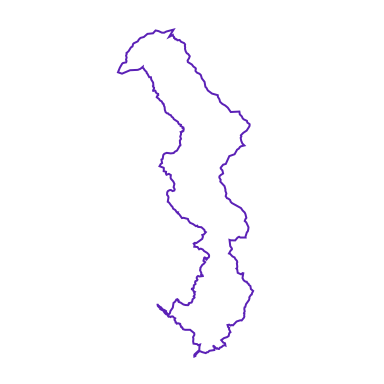 outline of Sugag, Alba, Romania, rotated 175°
{"feature_id": "2599482B22496390812806", "entity_name": "Sugag", "entity_type": "district", "adm_level": 2, "iso_a3": "ROU", "parent_name": "Romania", "parent_adm1": "Alba", "projection": "albers", "projection_center": [23.621, 45.632], "detail": "fine", "context": "isolated", "style": "outline", "palette": "violet", "viewbox_px": 384, "rotation_deg": 175, "n_neighbors": 0, "source": "geoboundaries", "source_scale": "gbopen_adm2", "svg_char_len": 6000}
<svg xmlns="http://www.w3.org/2000/svg" viewBox="0 0 384 384"><g transform="rotate(175 192 192)"><path d="M251.4,316.0L243.1,318.7L235.3,318.4L232.7,319.2L230.2,320.9L230.4,320.0L229.3,319.2L228.9,318.1L226.7,315.3L226.7,314.3L226.1,313.7L224.6,310.1L222.9,309.9L222.8,307.6L221.2,304.4L221.2,301.5L221.7,301.0L221.5,300.2L220.7,299.4L220.8,298.5L221.9,296.7L221.8,296.1L220.1,296.3L219.4,295.5L219.4,294.4L218.1,293.0L217.2,292.7L217.2,291.4L218.6,290.3L218.9,289.5L216.8,287.6L216.0,286.1L214.3,284.9L213.7,283.4L213.0,282.7L213.2,282.4L212.5,281.8L212.4,280.3L211.9,279.1L211.9,276.2L211.3,273.8L209.9,272.5L209.0,272.4L208.2,271.3L206.2,270.2L205.8,268.9L204.4,267.7L203.8,266.2L199.9,263.1L199.6,261.7L199.0,260.7L197.2,259.9L197.6,258.8L195.1,257.1L195.7,256.4L194.7,255.5L195.3,253.6L196.3,253.5L196.4,252.9L198.0,252.7L197.8,252.1L197.9,250.4L198.9,248.2L198.3,245.9L199.6,244.3L199.7,241.0L199.4,240.5L199.5,239.4L200.2,239.1L203.3,234.6L205.6,233.6L206.9,232.4L209.8,232.3L213.8,233.2L216.2,232.5L217.4,231.3L218.3,227.6L219.6,227.0L219.3,223.4L220.7,222.6L222.1,220.5L218.1,218.6L218.0,217.7L218.4,215.2L216.1,214.4L216.4,212.6L215.9,211.4L213.5,212.1L211.6,210.7L212.1,208.3L211.9,207.1L209.7,204.1L208.8,201.6L209.9,198.4L209.0,196.2L209.5,195.0L211.2,194.6L212.9,195.8L214.2,195.8L215.9,195.0L216.7,193.9L217.1,191.4L216.1,189.9L215.9,188.7L217.0,184.4L215.9,183.6L213.6,179.8L212.9,179.2L212.2,177.0L210.2,175.5L209.1,173.4L207.7,173.0L208.1,172.0L206.8,171.1L204.3,166.9L202.6,167.0L198.4,165.5L198.1,164.0L196.6,161.5L193.8,160.0L191.0,157.6L189.7,158.0L189.0,156.7L185.7,156.1L183.0,153.2L182.7,151.6L181.7,150.8L184.0,148.6L185.5,148.3L185.0,146.5L185.9,144.4L192.0,140.8L193.7,141.1L194.8,140.4L194.0,139.1L194.5,137.3L191.3,136.7L189.9,134.3L188.2,134.8L186.3,133.8L185.2,132.2L182.3,130.1L180.7,128.2L180.5,126.8L181.0,125.4L182.0,125.0L183.5,123.3L183.8,123.5L183.8,125.0L185.1,125.7L185.5,125.5L186.6,122.4L185.0,121.0L186.3,119.6L188.2,118.4L190.3,115.6L190.3,114.5L190.8,113.5L189.7,110.3L190.1,109.0L188.7,108.1L188.6,107.3L192.0,107.2L193.3,107.8L194.1,107.3L194.7,106.6L194.8,105.4L194.2,104.1L194.7,103.4L196.4,102.8L196.8,101.8L196.5,100.1L198.3,98.9L198.7,96.2L200.5,95.7L200.6,95.1L199.5,94.5L199.1,93.1L197.8,92.2L198.7,91.3L198.2,90.2L198.2,89.5L199.4,88.0L198.8,87.3L198.7,86.6L200.8,85.0L201.3,83.1L202.1,81.9L204.7,81.6L205.1,81.1L205.0,80.3L205.8,79.6L208.5,80.0L210.4,80.7L213.1,82.9L214.6,83.5L214.7,84.4L215.0,84.4L214.9,85.0L215.4,85.2L215.2,85.7L215.9,86.5L217.0,86.2L218.3,84.3L220.1,83.1L221.2,78.5L223.8,75.4L224.7,73.0L226.3,71.8L228.3,74.6L228.2,75.6L228.8,75.8L229.5,76.7L231.1,77.2L233.1,80.0L234.6,80.6L234.6,81.2L235.2,81.5L235.9,82.7L236.1,82.7L236.0,81.5L234.8,79.9L233.0,78.5L233.8,78.6L233.1,78.3L233.7,78.2L234.5,78.7L232.5,77.2L231.3,76.8L229.7,73.9L228.5,72.5L226.6,71.8L227.0,71.5L226.8,70.7L226.2,70.5L226.1,69.8L224.7,69.8L224.3,69.3L222.7,69.9L221.7,69.5L221.3,68.7L219.7,67.6L220.6,66.2L219.7,64.5L219.7,63.4L219.0,63.2L218.7,62.2L217.1,62.4L215.8,61.9L216.0,61.7L214.8,60.0L214.8,58.8L213.9,57.8L213.5,57.9L212.9,56.1L210.8,55.3L205.9,54.9L202.1,51.2L202.1,49.5L203.6,47.3L203.4,45.6L203.9,43.0L203.7,40.8L200.2,40.0L199.2,38.9L197.3,39.3L198.1,37.2L198.5,33.9L203.5,30.1L204.0,29.2L204.0,27.9L202.9,28.3L202.7,29.3L200.7,31.3L198.2,32.9L195.8,31.6L192.3,30.3L191.3,31.0L190.1,31.0L188.5,32.3L183.5,32.6L183.0,35.3L184.1,36.1L184.1,36.7L183.8,36.8L181.1,33.8L180.4,34.1L179.6,33.4L178.7,33.3L177.8,34.5L176.2,34.9L174.2,36.3L172.8,36.6L172.1,36.2L172.3,38.4L174.0,39.3L175.8,41.9L172.8,43.7L169.7,44.4L168.0,45.4L167.2,48.1L165.9,49.0L167.1,52.2L166.8,53.5L167.7,54.1L168.2,56.4L166.5,56.6L165.1,55.6L164.0,56.0L162.8,55.6L158.9,59.1L155.1,60.0L153.7,59.7L151.2,62.3L150.7,63.4L150.8,64.5L150.4,66.2L150.8,66.7L149.9,68.5L150.1,70.8L149.7,72.5L148.9,72.9L148.0,75.5L144.6,79.5L144.0,81.2L144.1,82.1L142.4,84.2L141.4,84.7L141.2,85.7L139.7,88.1L141.8,90.2L142.0,93.2L143.4,94.5L143.7,95.6L144.6,96.2L145.3,97.8L146.5,98.0L148.2,99.5L149.2,101.9L148.0,106.6L148.6,106.8L150.3,105.7L153.5,107.5L153.7,110.8L154.4,111.9L153.7,112.3L153.4,113.9L153.5,117.2L153.0,118.2L153.3,119.6L154.8,121.7L155.3,123.1L157.3,124.3L159.4,127.0L160.5,127.5L158.6,130.3L157.3,131.3L157.2,132.3L158.6,134.7L158.8,141.0L157.7,140.5L153.2,140.0L150.6,142.6L149.0,143.3L147.8,142.4L142.6,142.0L142.7,142.6L140.9,147.0L139.9,147.9L139.2,149.9L138.8,152.0L140.6,157.0L142.0,158.5L141.1,160.4L140.1,161.5L140.7,165.3L141.3,167.0L143.2,169.2L144.6,171.7L153.2,177.5L154.4,179.0L154.7,180.6L156.2,182.1L157.7,182.8L158.8,184.9L157.9,187.5L158.6,190.1L158.5,191.7L159.1,195.0L162.9,199.9L162.4,201.7L163.5,203.9L163.3,205.2L161.9,206.4L159.4,207.7L159.8,210.8L161.3,212.8L161.3,213.7L158.6,216.5L155.9,217.0L151.7,224.5L146.3,225.9L143.4,230.2L141.5,231.2L140.4,232.6L139.1,233.3L135.8,233.8L137.6,235.9L138.5,238.7L138.8,241.7L138.0,243.0L138.4,244.2L135.7,246.5L132.2,248.4L129.1,252.4L128.7,253.8L128.8,254.7L130.8,256.3L131.1,258.1L134.2,259.9L135.1,261.0L135.8,263.0L137.6,265.1L137.8,268.0L146.4,268.3L149.0,272.9L151.4,275.3L154.1,277.1L156.2,279.4L156.6,281.9L157.9,284.5L157.9,286.2L163.5,288.3L167.4,291.8L168.6,294.6L169.5,295.6L169.9,300.6L172.3,304.3L173.0,307.7L174.2,309.1L176.6,310.4L177.9,312.1L177.9,313.1L177.4,314.3L177.7,315.2L179.7,316.9L181.0,319.0L184.8,321.8L184.9,323.4L183.3,325.5L182.4,327.5L183.8,329.8L185.1,330.7L186.0,332.6L186.5,335.2L186.2,336.8L186.4,338.2L186.0,339.4L186.2,340.0L187.0,341.1L189.8,342.6L191.1,344.5L193.3,344.4L194.2,345.6L195.3,345.6L195.9,346.9L196.5,347.1L196.4,348.0L197.3,349.1L197.4,350.1L201.3,348.5L196.2,355.4L203.6,354.1L205.9,353.1L208.2,353.4L211.3,355.2L214.2,356.1L217.0,353.5L222.6,353.4L226.5,350.6L229.9,350.0L231.7,348.5L232.9,346.8L237.1,345.2L237.8,344.5L238.6,342.2L240.3,341.3L242.9,337.8L245.2,336.1L245.0,335.3L245.8,333.5L245.4,331.7L246.2,329.5L245.8,328.2L246.3,326.9L249.5,326.5L250.4,325.9L253.0,322.2L255.3,317.7L251.4,316.0Z" fill="none" stroke="#5b21b6" stroke-width="2"/></g></svg>